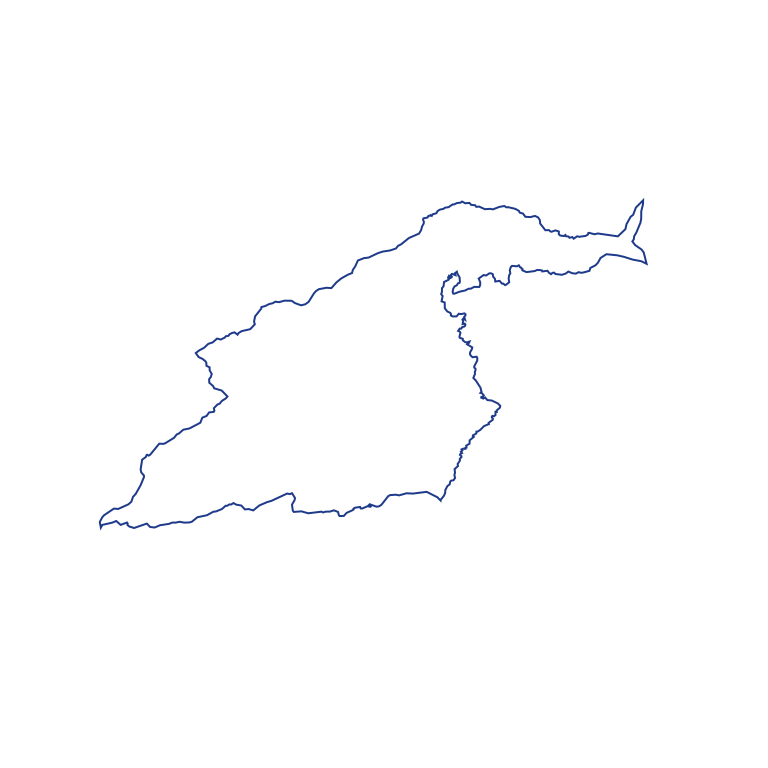 La Cumbre, Valle del Cauca, Colombia (Robinson projection), rotated 59°
{"feature_id": "7082276B32711967571175", "entity_name": "La Cumbre", "entity_type": "district", "adm_level": 2, "iso_a3": "COL", "parent_name": "Colombia", "parent_adm1": "Valle del Cauca", "projection": "robinson", "projection_center": [-76.586, 3.705], "detail": "fine", "context": "isolated", "style": "outline", "palette": "blue", "viewbox_px": 768, "rotation_deg": 59, "n_neighbors": 0, "source": "geoboundaries", "source_scale": "gbopen_adm2", "svg_char_len": 6134}
<svg xmlns="http://www.w3.org/2000/svg" viewBox="0 0 768 768"><g transform="rotate(59 384 384)"><path d="M360.0,67.3L362.5,77.2L367.3,83.3L367.7,86.5L371.9,93.8L375.6,97.3L377.9,107.5L365.1,123.2L364.1,126.4L360.0,130.4L359.8,131.0L360.9,132.2L360.9,134.9L358.4,140.8L356.9,142.3L357.1,146.6L355.1,146.8L354.2,149.7L352.6,149.9L350.8,152.2L349.7,151.8L349.7,153.8L347.5,156.5L345.7,157.0L343.3,155.6L340.6,158.0L339.8,161.9L339.1,162.7L337.0,163.4L335.3,166.5L326.9,167.5L323.8,166.0L320.6,166.1L317.7,168.0L316.3,172.6L313.5,176.7L309.5,177.1L307.0,179.4L305.1,179.2L301.4,181.3L296.4,186.5L295.7,188.0L293.4,189.2L291.6,193.9L290.4,200.7L288.6,202.7L286.1,207.5L280.9,211.1L279.7,213.6L277.6,213.9L275.4,217.0L272.8,217.5L270.9,221.3L267.8,223.1L268.0,224.9L266.4,228.5L266.2,231.3L265.4,232.7L265.7,237.5L264.3,240.9L264.5,243.0L263.4,245.9L263.3,249.0L264.6,251.1L263.6,255.1L264.5,256.5L263.2,257.2L263.5,258.0L262.8,259.2L263.7,261.0L262.3,264.9L263.3,265.9L265.5,266.3L266.9,267.3L268.6,270.3L271.3,273.0L273.1,276.5L271.7,287.5L273.1,297.5L272.8,300.8L274.0,303.9L272.7,309.9L269.9,316.7L268.7,321.8L267.7,332.1L265.8,336.3L264.7,342.8L268.3,348.0L270.2,352.0L272.4,354.2L271.7,358.6L271.5,366.2L272.4,372.5L274.7,379.7L271.9,383.7L269.2,390.9L269.3,394.5L270.4,397.7L274.8,406.4L275.1,410.5L273.8,414.6L268.7,418.7L265.1,420.3L261.3,426.4L259.8,431.8L257.5,434.7L257.4,438.0L256.3,441.3L256.0,445.7L254.9,449.4L256.2,450.5L259.6,459.6L263.5,463.2L266.3,464.0L268.1,470.4L265.4,478.7L265.4,482.4L266.3,484.1L262.7,485.6L262.0,488.1L261.8,490.8L262.6,492.5L261.6,495.0L262.2,496.7L261.8,501.0L259.1,503.7L260.1,509.4L259.1,513.9L260.3,519.7L260.0,524.8L260.5,529.4L265.5,529.0L268.9,526.7L272.3,525.4L274.1,525.3L277.0,526.8L279.9,524.9L282.5,526.4L286.7,526.5L288.9,529.0L289.8,531.4L292.9,533.1L297.9,531.5L300.2,531.8L306.0,526.5L314.1,524.6L314.9,527.3L315.0,531.7L316.2,534.9L315.8,537.3L317.1,542.3L319.6,543.2L320.2,544.2L318.3,548.6L320.0,552.5L319.3,557.1L322.6,561.4L321.9,573.6L319.8,579.6L320.8,585.2L320.5,587.6L322.0,591.7L322.1,602.2L321.8,603.7L319.4,607.4L324.2,620.9L324.2,622.6L322.7,623.4L322.6,624.1L323.9,625.7L324.3,630.3L332.0,636.7L334.8,637.6L338.7,636.9L340.1,637.6L345.5,644.9L350.3,653.4L351.5,657.3L354.8,661.2L355.5,665.2L354.2,676.2L351.7,679.7L352.3,691.4L353.1,694.1L355.9,698.7L361.3,700.7L359.7,698.0L362.9,688.3L363.5,684.1L369.1,682.3L370.4,675.6L371.4,675.5L372.7,676.5L375.0,675.7L378.7,672.4L381.5,659.2L386.1,658.1L388.9,654.5L389.7,648.7L393.1,640.5L393.8,636.7L395.5,634.0L396.8,630.2L399.9,626.7L402.5,622.0L403.1,619.6L402.1,612.6L405.3,603.3L405.6,596.0L406.7,593.7L407.7,587.3L406.8,582.4L407.6,581.3L407.6,578.5L408.6,577.0L408.5,574.4L411.3,572.8L414.7,568.9L419.9,567.8L421.4,564.5L425.0,561.2L423.9,553.4L425.0,545.2L426.2,540.6L428.0,523.5L430.0,521.2L430.2,519.1L435.9,519.0L437.6,520.6L440.0,525.0L445.6,527.4L447.2,527.2L450.6,520.4L455.8,515.5L461.2,503.4L462.7,502.4L463.4,499.7L465.5,496.1L466.5,492.0L470.0,489.3L473.4,490.3L474.3,490.0L476.4,486.4L475.2,482.4L476.0,475.9L475.8,474.5L475.1,474.3L475.1,472.6L477.1,467.8L478.7,468.1L479.5,466.8L480.3,461.0L482.3,458.8L482.0,458.2L480.0,459.4L479.7,458.2L485.3,453.6L486.3,451.2L486.2,448.4L482.3,438.1L482.4,435.9L485.1,430.7L487.2,428.5L489.3,420.9L492.8,415.7L498.4,403.0L508.5,396.6L513.1,395.5L512.4,394.9L510.7,390.2L508.8,387.6L506.5,386.1L504.1,382.1L503.9,379.5L501.7,377.4L501.4,376.3L502.3,374.0L501.1,371.4L498.3,370.6L496.6,368.8L493.3,367.3L492.4,362.8L490.5,362.1L488.8,358.4L487.2,357.6L486.5,355.2L485.8,354.8L483.9,355.4L483.2,354.4L483.4,352.7L481.6,352.9L481.4,351.1L480.0,351.2L480.3,349.2L481.5,347.7L480.6,347.1L481.0,346.0L479.2,345.3L479.2,341.4L476.4,339.6L475.6,334.3L474.5,334.8L473.8,334.2L474.0,330.5L472.4,329.3L473.0,328.3L472.9,325.0L471.6,319.9L472.4,314.7L471.2,314.4L470.7,309.3L470.0,308.6L467.9,308.7L467.3,308.1L467.3,307.2L468.3,306.4L468.0,304.4L465.3,302.8L466.0,301.7L464.7,301.1L464.0,296.9L462.7,295.6L459.3,296.4L453.6,300.2L451.0,303.7L447.6,304.3L447.7,306.3L445.8,307.7L445.2,307.1L445.9,306.1L445.1,304.3L442.3,304.8L441.3,305.9L440.8,304.4L436.8,303.2L428.2,303.5L424.8,304.3L422.3,300.9L420.6,300.0L418.9,298.1L417.8,297.7L416.4,298.2L415.3,297.5L412.0,292.1L409.7,290.6L408.3,290.6L406.7,294.3L404.0,295.1L402.4,294.8L401.0,293.6L399.4,290.7L398.1,289.5L392.8,292.3L392.5,290.0L391.7,288.8L390.9,291.8L389.9,292.9L387.2,293.9L385.8,293.2L383.4,295.3L382.2,294.9L379.5,292.1L378.1,292.1L376.7,293.1L375.5,290.6L376.3,289.2L375.5,287.7L376.1,285.4L375.7,284.3L374.6,283.5L373.8,283.7L373.1,285.7L370.7,283.7L369.2,283.6L368.7,282.2L370.6,281.4L367.7,280.6L367.2,278.9L366.2,278.2L364.9,278.7L363.7,282.1L362.3,283.6L363.4,287.0L361.5,290.3L359.7,291.4L358.5,290.5L357.1,290.6L354.4,292.4L350.5,292.9L345.4,290.0L342.8,292.1L338.8,288.4L336.4,288.7L334.9,286.9L331.8,285.0L330.8,282.5L327.5,280.0L327.9,275.0L327.6,274.5L325.8,274.3L324.9,272.8L327.3,272.8L327.4,271.1L327.1,270.6L325.1,270.8L324.6,269.0L327.5,266.7L325.6,266.3L325.3,263.7L327.3,264.3L331.6,264.3L335.5,266.3L336.2,267.2L335.8,268.7L336.9,270.8L336.7,273.2L337.9,275.5L340.5,277.8L342.2,278.1L342.8,277.3L343.8,271.7L345.6,266.4L345.9,262.4L347.0,260.5L347.2,256.7L349.9,252.3L348.7,250.6L346.3,249.1L342.4,248.5L341.9,242.5L343.6,240.6L343.4,236.7L344.2,235.3L345.9,234.2L348.4,235.2L350.7,234.7L353.5,235.8L355.1,231.8L358.7,231.2L359.3,230.1L361.6,229.3L361.8,228.6L361.3,224.3L357.9,222.9L355.2,220.7L354.3,218.8L351.1,217.5L349.0,215.0L348.7,213.4L351.6,209.4L351.7,207.3L354.1,207.2L355.1,206.4L356.1,206.7L357.0,206.1L357.9,206.8L361.5,204.2L364.8,196.7L365.1,194.1L366.6,191.8L367.9,190.2L369.0,190.4L371.2,185.5L373.7,185.3L375.9,184.2L375.5,182.3L376.2,180.8L378.0,180.4L382.0,175.3L382.9,171.5L382.6,168.1L386.2,165.4L388.2,162.7L388.4,159.5L390.2,157.8L391.2,155.4L392.8,149.6L390.8,147.4L391.2,141.6L390.2,138.1L387.5,133.5L387.3,126.5L393.9,117.7L398.6,112.8L405.3,106.9L411.3,100.2L416.2,97.0L404.9,93.6L401.3,94.0L394.2,97.2L389.7,97.7L388.6,95.3L386.3,93.6L384.1,89.6L377.8,81.1L374.9,78.5L368.4,74.5L363.4,69.5L360.0,67.3Z" fill="none" stroke="#1e3a8a" stroke-width="2"/></g></svg>